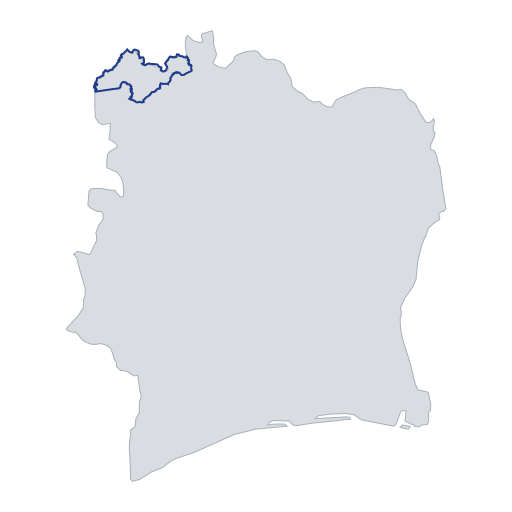 Folon, Denguélé, Ivory Coast (highlighted)
{"feature_id": "98640826B69523806833990", "entity_name": "Folon", "entity_type": "district", "adm_level": 2, "iso_a3": "CIV", "parent_name": "Ivory Coast", "parent_adm1": "Denguélé", "projection": "robinson", "projection_center": [-7.378, 10.084], "detail": "fine", "context": "in_parent", "style": "outline", "palette": "blue", "viewbox_px": 512, "rotation_deg": 0, "n_neighbors": 0, "source": "geoboundaries", "source_scale": "gbopen_adm2", "svg_char_len": 8835}
<svg xmlns="http://www.w3.org/2000/svg" viewBox="0 0 512 512"><path d="M104.5,70.4L106.3,70.4L111.1,68.8L115.5,65.2L119.5,57.7L125.0,51.7L131.1,52.1L132.9,51.0L135.1,50.8L137.7,54.8L140.3,57.8L142.1,57.9L143.5,63.6L154.7,66.0L159.5,67.5L163.6,71.7L165.0,71.8L166.7,70.9L168.0,69.5L168.3,67.9L166.6,64.1L167.3,60.7L169.1,57.7L172.0,57.5L176.4,56.7L181.4,56.7L185.1,57.2L186.6,54.2L185.2,45.7L185.5,41.0L186.2,37.1L187.5,35.5L193.1,40.5L198.2,42.2L201.8,42.4L202.9,41.4L201.3,36.0L201.7,34.4L203.1,33.5L205.5,32.9L211.9,30.7L212.6,31.2L213.8,39.7L213.3,42.5L214.7,48.2L216.3,53.6L216.2,55.8L214.8,59.1L213.2,62.2L213.4,63.4L216.0,65.5L220.9,67.6L226.1,68.1L228.9,65.0L231.9,62.5L233.9,60.2L234.6,56.8L237.9,54.4L247.2,51.3L255.7,50.8L257.8,51.8L261.7,56.5L266.6,59.7L274.0,59.3L279.5,61.2L284.2,64.8L287.3,72.8L290.8,78.6L292.3,86.9L297.7,91.2L301.9,93.1L307.7,99.1L313.7,102.2L319.9,101.5L322.7,104.6L327.4,106.8L332.0,107.0L336.0,100.1L341.3,97.3L354.9,91.8L360.2,89.3L365.6,87.8L378.6,87.3L390.7,89.0L396.7,90.2L400.9,89.3L404.8,92.6L408.8,99.4L412.1,101.6L415.5,104.0L418.0,109.4L421.0,114.8L422.6,117.2L426.2,122.5L429.3,122.6L432.4,120.3L433.7,118.6L434.3,122.1L433.1,127.8L433.4,131.3L435.1,132.6L434.2,137.2L430.6,144.9L430.6,149.4L434.2,150.8L436.7,155.7L438.3,164.0L439.8,166.7L440.0,168.4L442.6,188.5L445.8,208.6L443.8,211.2L441.0,211.9L439.2,212.9L438.7,214.8L439.9,217.5L439.1,220.0L435.7,221.7L428.2,228.1L427.7,230.7L425.7,236.1L424.0,239.4L421.6,245.6L417.7,261.9L416.3,275.4L416.1,279.5L414.6,282.4L412.9,286.6L404.7,298.2L400.6,307.6L401.1,311.8L401.3,315.9L400.1,318.9L400.4,326.8L401.4,333.5L402.9,340.1L408.8,358.7L411.9,369.9L413.9,379.0L415.6,385.1L417.2,387.6L417.8,390.0L426.6,391.6L428.4,393.0L430.8,404.8L430.4,410.2L428.7,412.2L428.7,416.7L428.3,422.4L427.1,424.6L422.1,424.9L418.8,427.0L414.4,426.2L414.0,424.8L411.6,424.3L405.0,421.1L406.1,410.8L403.1,410.4L400.7,411.7L396.1,424.0L393.9,426.2L361.3,419.8L354.2,414.7L345.7,413.5L330.9,414.1L318.7,415.6L315.2,418.7L346.0,416.9L349.3,417.3L350.9,419.1L312.0,423.2L297.1,425.6L292.7,425.0L289.4,421.0L273.2,420.6L269.9,421.8L267.9,424.8L274.3,424.1L284.3,424.0L287.0,426.2L255.6,429.1L233.9,434.6L224.7,438.8L194.3,452.3L175.8,458.6L170.9,461.0L162.5,467.6L151.7,471.8L139.6,479.5L132.1,481.3L130.5,478.8L130.3,465.7L129.3,448.0L129.6,441.3L130.6,435.0L130.7,429.7L134.3,427.7L135.3,425.5L135.9,418.7L139.3,412.5L139.4,401.6L140.4,399.4L141.2,396.5L139.7,389.4L137.8,375.9L136.9,375.1L136.0,375.6L134.1,375.9L126.5,371.2L120.6,370.4L116.5,366.5L116.2,362.0L114.2,359.3L112.8,354.1L110.7,348.1L104.9,344.5L99.5,343.6L95.6,344.4L91.1,344.2L85.9,342.2L82.3,339.9L78.9,335.5L75.8,332.0L73.3,332.4L70.2,331.6L67.2,330.0L66.2,328.8L78.8,314.9L83.1,308.0L83.6,303.9L83.6,299.7L85.0,295.4L85.3,288.8L78.4,264.9L76.6,257.5L74.7,255.3L73.5,254.5L77.1,251.5L81.9,252.3L89.4,254.7L91.0,252.3L96.7,240.2L96.5,235.8L95.9,232.7L99.2,224.4L101.9,221.2L103.2,217.8L102.8,213.1L100.8,211.3L98.2,211.6L95.1,210.5L90.3,207.8L87.9,205.4L88.7,194.5L89.1,191.1L90.8,189.1L93.4,188.6L100.8,188.3L106.8,189.5L112.0,190.3L114.8,190.2L117.1,193.5L120.1,196.8L122.8,196.8L123.7,194.3L123.1,183.5L121.3,177.9L117.3,172.4L106.9,167.7L106.7,161.1L107.7,154.0L110.0,151.4L117.7,146.9L116.3,144.5L113.9,141.9L109.0,139.3L110.1,130.8L110.3,123.2L106.2,124.1L102.0,124.5L98.4,122.2L95.4,117.6L94.8,104.9L94.8,90.3L94.2,83.8L95.4,80.4L99.1,77.2L103.1,73.1L104.5,70.4ZM410.2,426.3L408.5,429.1L400.2,427.4L402.2,425.0L410.2,426.3Z" fill="#d9dde1" stroke="#a8b0b8" stroke-width="1"/><path d="M186.9,56.5L186.6,56.8L186.2,57.1L186.0,57.4L185.8,57.6L184.1,57.3L183.3,57.1L182.8,56.5L182.3,56.2L179.9,56.0L179.4,55.6L179.0,54.8L178.1,54.3L176.9,54.4L176.8,54.6L176.9,55.7L176.7,56.0L176.3,56.3L176.2,56.8L175.7,56.6L175.0,57.2L174.5,57.2L174.3,57.5L173.9,57.4L173.3,56.9L172.1,57.4L171.5,56.8L171.0,56.7L170.8,56.8L170.1,56.5L169.9,56.6L169.5,57.1L168.9,58.2L168.4,58.7L168.3,59.2L167.9,60.2L167.6,60.3L167.1,60.4L166.8,61.1L165.8,62.3L165.7,62.8L165.0,63.3L165.0,63.7L167.1,66.8L166.4,69.6L165.4,70.7L164.1,71.4L162.9,71.5L161.5,70.5L161.1,70.6L160.8,70.3L160.7,69.8L161.5,68.1L161.1,67.2L159.4,66.9L157.8,64.9L157.2,64.4L156.3,64.3L149.8,63.8L149.0,63.4L148.6,63.4L147.4,64.1L147.0,64.0L145.8,65.0L145.3,65.3L142.5,64.4L142.0,63.6L143.2,63.4L143.8,62.9L144.0,61.8L144.0,60.1L143.8,58.8L143.3,57.5L142.5,57.3L141.1,57.4L140.2,58.2L139.8,58.3L139.5,58.2L139.4,58.0L139.5,57.8L139.8,57.6L139.9,57.3L139.3,56.4L139.2,56.0L139.0,55.8L138.9,55.1L138.5,54.5L138.5,53.9L138.2,53.5L138.5,52.8L138.9,52.5L138.9,52.3L138.5,51.7L138.6,51.2L137.8,50.5L137.5,50.6L135.2,49.7L134.3,49.6L133.7,50.0L133.1,50.8L132.8,51.3L132.6,52.2L132.4,52.6L131.8,52.7L131.2,52.3L130.2,52.2L129.4,51.7L127.2,49.4L125.9,51.1L124.3,52.4L124.2,52.9L123.4,53.7L122.9,53.9L122.0,53.9L121.6,54.7L120.8,55.1L120.9,55.5L121.3,55.7L121.7,56.1L121.9,57.0L121.8,57.5L121.5,57.8L121.2,57.8L120.1,57.5L119.6,57.9L119.6,58.1L119.8,58.7L119.8,59.2L119.4,59.5L118.5,59.9L118.4,60.2L118.6,60.3L119.2,60.2L119.5,60.2L119.7,60.3L119.7,60.8L119.1,61.2L118.8,61.8L117.9,62.3L117.6,62.6L116.8,63.9L116.4,65.2L116.2,65.1L115.6,65.6L114.7,66.3L114.5,67.1L114.3,67.1L113.6,67.4L113.6,67.8L113.2,68.2L113.1,68.6L112.9,68.9L112.7,69.1L112.6,69.5L112.4,69.8L112.0,70.0L110.8,70.0L109.6,70.4L109.3,70.8L108.6,71.1L108.2,71.5L106.6,71.2L105.9,70.6L105.7,70.1L105.3,70.2L105.0,70.5L104.4,71.9L103.9,72.0L103.5,72.2L103.2,72.7L103.5,73.7L103.3,75.6L102.8,75.7L100.8,76.8L100.2,77.3L99.8,77.0L99.1,77.7L98.1,77.7L97.2,78.1L96.9,78.7L96.9,80.3L96.7,80.9L96.1,81.9L95.7,82.9L95.2,83.2L95.0,83.5L95.2,84.0L95.8,84.3L96.4,83.7L96.6,83.6L96.9,83.7L97.2,84.2L97.0,85.0L96.7,85.2L96.0,85.3L95.6,85.7L95.2,85.9L94.7,85.9L94.5,85.7L94.2,85.7L94.1,85.9L94.6,86.3L94.7,86.7L94.1,86.9L94.0,87.3L94.6,88.4L94.9,88.5L95.7,88.0L95.9,88.2L95.9,88.7L96.2,88.7L96.5,89.1L96.5,89.6L96.1,90.4L95.9,90.5L95.5,90.5L95.3,90.7L95.2,91.2L95.3,91.3L95.8,91.7L96.1,91.6L96.3,91.5L97.0,91.4L97.6,91.2L97.8,91.3L113.4,89.0L118.7,88.4L119.4,87.8L120.0,87.7L120.5,87.0L120.6,86.8L120.4,86.2L120.4,85.8L121.6,83.2L122.0,82.7L122.7,82.2L123.2,82.0L124.2,82.4L124.3,82.1L125.0,82.0L125.4,82.2L125.9,82.7L126.9,83.2L127.1,83.7L127.1,84.2L127.7,84.1L128.0,84.3L128.7,84.2L129.9,84.7L130.1,85.2L130.5,85.4L130.4,85.7L130.7,85.8L130.8,86.0L130.6,86.2L130.3,86.9L130.9,86.4L131.2,86.4L131.4,86.5L131.3,86.9L130.9,87.1L131.1,87.6L131.0,88.4L131.6,88.3L131.9,88.8L131.8,89.0L131.6,89.0L131.4,88.7L131.3,88.9L131.4,89.1L131.0,89.2L131.3,89.4L131.2,89.7L131.5,89.8L131.6,90.1L131.2,90.2L131.3,90.4L131.2,90.6L130.7,90.8L130.9,90.8L131.1,90.9L131.0,91.1L130.7,91.3L130.8,91.6L131.0,92.1L131.3,92.1L131.7,91.8L131.8,91.9L131.8,92.0L131.7,92.2L131.7,92.5L132.0,92.7L132.0,93.1L132.2,93.3L132.6,93.3L132.7,93.6L132.4,93.9L132.2,93.9L132.3,94.5L131.9,95.3L131.9,95.8L131.7,96.0L131.9,96.6L131.6,97.0L131.5,97.5L131.4,97.6L131.2,97.6L131.0,97.3L130.9,97.7L130.5,97.5L130.5,97.8L130.4,97.9L130.5,98.1L129.9,98.4L129.8,98.5L129.4,98.8L130.6,99.5L131.4,99.8L131.7,99.9L132.3,99.8L133.1,100.2L133.5,100.2L133.6,100.4L133.7,100.6L135.2,101.3L135.7,101.9L136.9,102.3L138.4,102.3L139.4,101.8L139.9,101.8L140.5,102.1L140.9,102.1L141.5,102.5L142.0,102.5L142.4,102.2L143.7,102.0L143.7,101.8L143.5,101.6L143.3,100.5L143.6,99.7L144.5,99.4L145.6,97.8L148.3,96.1L149.5,95.1L149.8,95.1L150.1,94.7L150.1,94.2L151.0,93.6L151.2,93.0L151.7,92.3L152.2,92.0L153.8,92.1L154.1,92.0L155.0,91.3L155.2,90.9L155.7,90.6L156.1,90.6L156.2,90.0L156.6,89.8L156.8,89.5L157.2,89.3L157.5,88.9L158.3,88.7L158.6,88.5L159.0,88.7L159.2,88.4L159.8,88.4L159.9,88.0L160.2,87.9L160.2,87.7L159.9,87.2L160.0,86.2L160.2,85.9L160.3,85.7L160.0,85.4L160.0,84.9L160.2,84.5L160.6,84.3L160.6,84.0L160.7,83.8L160.7,83.4L161.2,83.4L163.6,84.0L164.7,83.8L165.7,83.8L167.6,84.0L168.1,84.2L168.2,83.4L168.6,82.4L169.3,82.1L169.6,81.9L169.9,81.3L170.1,80.7L170.6,80.2L170.5,79.6L170.6,79.3L170.3,78.8L170.4,78.5L170.4,78.1L170.5,77.7L170.7,77.3L171.4,76.9L171.5,76.4L172.1,75.4L172.1,75.2L172.3,75.0L172.4,74.6L173.0,74.7L173.3,74.5L173.6,73.7L173.6,73.4L174.1,73.5L174.3,73.3L174.6,73.0L175.0,72.8L175.4,73.0L175.6,72.8L176.3,72.8L176.5,72.6L176.5,72.2L177.1,72.5L177.3,72.9L177.6,72.7L177.8,72.3L178.3,72.4L178.7,72.7L179.3,72.6L180.1,73.5L180.8,74.5L181.1,74.8L181.9,75.1L184.1,74.8L186.3,73.3L190.0,71.7L191.5,70.8L191.8,70.2L191.3,69.5L191.2,68.7L191.4,65.6L191.2,65.5L191.1,65.2L190.8,65.3L190.5,64.9L190.0,65.3L189.5,65.1L189.4,64.9L189.1,64.7L189.1,64.4L188.8,64.3L188.9,64.0L188.8,63.9L188.6,63.9L188.6,63.7L188.8,63.4L188.5,63.2L188.8,63.0L188.8,62.6L188.6,62.0L188.6,61.8L188.6,61.6L188.8,61.7L189.0,61.4L189.0,61.2L188.8,61.2L188.8,60.7L189.0,60.6L188.9,60.1L188.6,60.2L188.6,59.8L188.0,59.8L188.2,59.5L188.0,59.2L188.0,58.9L187.6,58.3L187.7,57.7L187.3,57.5L187.4,57.2L187.1,56.7L187.3,56.7L186.9,56.5Z" fill="none" stroke="#1e3a8a" stroke-width="2"/></svg>